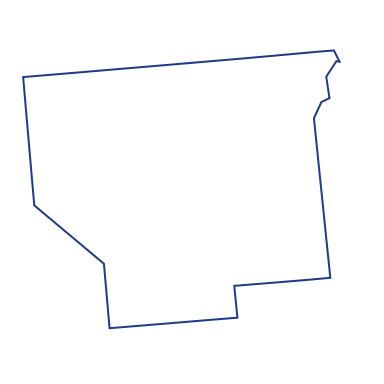 Jackson, Louisiana, United States of America (Robinson projection), rotated 175°
{"feature_id": "52423323B48909389322021", "entity_name": "Jackson", "entity_type": "district", "adm_level": 2, "iso_a3": "USA", "parent_name": "United States of America", "parent_adm1": "Louisiana", "projection": "robinson", "projection_center": [-92.632, 32.321], "detail": "fine", "context": "isolated", "style": "outline", "palette": "blue", "viewbox_px": 384, "rotation_deg": 175, "n_neighbors": 0, "source": "geoboundaries", "source_scale": "gbopen_adm2", "svg_char_len": 434}
<svg xmlns="http://www.w3.org/2000/svg" viewBox="0 0 384 384"><g transform="rotate(175 192 192)"><path d="M61.7,94.5L63.2,194.5L64.1,254.9L55.2,270.4L46.9,273.5L48.2,295.2L36.8,309.7L33.7,309.0L38.3,320.6L52.7,320.8L109.8,320.6L143.1,320.6L350.2,321.2L350.3,224.3L350.3,192.4L343.8,185.9L286.0,128.2L286.0,81.3L286.0,63.5L180.6,63.0L157.7,62.8L158.1,94.8L80.3,94.4L61.7,94.5Z" fill="none" stroke="#1e3a8a" stroke-width="2"/></g></svg>